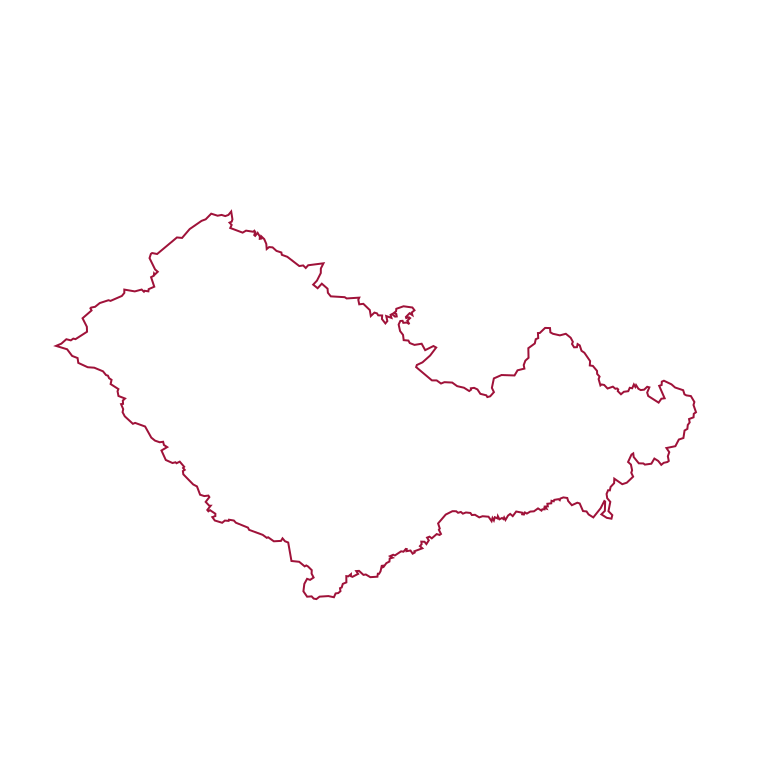 the district of Taungoo, Bago, Myanmar, rotated 321°
{"feature_id": "60261553B53825313002023", "entity_name": "Taungoo", "entity_type": "district", "adm_level": 2, "iso_a3": "MMR", "parent_name": "Myanmar", "parent_adm1": "Bago", "projection": "albers", "projection_center": [96.407, 18.81], "detail": "fine", "context": "isolated", "style": "outline", "palette": "rose", "viewbox_px": 768, "rotation_deg": 321, "n_neighbors": 0, "source": "geoboundaries", "source_scale": "gbopen_adm2", "svg_char_len": 6166}
<svg xmlns="http://www.w3.org/2000/svg" viewBox="0 0 768 768"><g transform="rotate(321 384 384)"><path d="M608.7,602.3L611.3,595.1L613.9,593.3L614.9,586.5L611.8,583.1L611.0,581.1L612.6,577.1L608.0,569.9L607.2,565.2L603.6,557.6L601.4,557.0L599.1,559.5L596.7,558.6L593.1,571.7L590.3,570.0L585.7,571.3L581.8,559.6L583.1,556.3L588.1,553.6L586.8,551.8L582.6,552.1L579.7,550.3L578.7,547.8L579.2,543.5L577.5,544.4L577.9,541.6L574.2,543.5L572.6,541.6L569.3,543.3L565.5,541.0L561.7,541.1L561.2,536.6L562.6,535.6L562.3,534.1L560.8,533.3L560.2,530.1L554.9,528.2L554.5,523.3L552.8,521.3L551.3,521.3L553.9,515.2L556.2,513.9L556.0,510.3L557.8,507.9L557.7,501.4L555.6,499.1L558.6,495.9L559.4,485.8L558.4,482.5L560.4,477.2L559.6,474.8L557.1,476.8L554.8,475.1L555.3,471.2L557.3,470.1L558.2,465.5L556.9,459.4L551.3,456.9L546.9,451.3L545.8,448.6L548.2,445.0L544.5,441.8L537.2,442.4L535.7,441.3L532.7,445.4L530.1,444.7L526.7,447.4L518.7,447.0L512.8,454.6L508.6,454.8L504.5,457.2L502.8,460.4L496.4,457.4L490.8,459.5L481.0,451.0L472.9,448.8L465.4,454.9L464.3,459.5L458.8,460.4L456.1,459.2L456.4,457.2L452.7,452.3L453.2,447.0L451.6,443.7L448.8,442.0L448.1,443.2L445.8,443.1L443.8,437.2L439.5,431.7L437.9,425.8L432.1,420.6L428.6,419.5L427.2,414.4L423.5,411.3L419.6,391.1L421.5,389.9L427.5,391.4L437.8,390.9L447.5,388.5L446.3,385.6L437.3,383.6L438.6,376.4L432.3,372.8L429.8,368.4L430.3,365.6L426.9,362.3L429.7,357.8L429.8,353.0L432.8,347.0L436.3,345.3L438.2,346.6L437.5,348.6L440.4,350.6L441.4,353.4L442.0,349.5L445.7,349.2L445.3,347.8L442.8,346.7L443.2,345.7L448.4,345.1L449.4,348.3L450.5,345.9L454.1,345.9L454.2,342.4L448.1,335.9L440.9,333.3L439.1,335.1L436.4,335.0L437.6,337.3L436.4,339.5L435.0,338.6L434.2,334.7L432.6,334.4L431.4,337.3L428.5,332.6L426.2,337.2L423.2,337.8L423.3,332.2L425.7,329.6L422.7,327.0L423.0,324.7L421.5,322.5L416.5,322.9L419.5,317.6L418.4,308.7L414.9,306.5L417.0,302.4L419.1,301.3L408.8,294.0L408.1,291.8L397.8,282.4L397.8,277.8L400.1,274.4L398.8,266.9L392.7,267.8L391.5,262.2L396.9,261.5L404.7,258.0L407.6,254.5L412.9,252.1L399.8,244.0L396.2,244.6L395.8,241.0L392.4,239.0L388.9,224.3L385.9,219.3L387.0,217.2L384.2,212.9L383.4,207.7L380.9,205.3L377.8,205.3L380.7,201.0L382.1,196.0L381.6,192.2L380.2,193.8L378.8,193.0L380.3,191.3L380.9,187.0L377.1,187.8L376.9,186.6L379.6,184.9L379.7,183.3L378.2,183.4L373.3,178.0L369.4,177.4L362.7,166.0L365.7,164.5L365.5,161.4L367.8,162.0L369.8,160.7L373.8,153.8L369.5,154.7L366.3,153.6L364.2,150.4L360.6,148.5L356.9,142.9L349.1,143.8L344.9,142.4L330.5,141.3L319.0,143.4L315.3,139.8L289.5,140.2L286.2,136.3L284.7,136.2L281.0,138.6L278.2,150.9L278.8,154.4L274.9,154.7L274.9,153.4L273.2,155.0L270.2,154.4L266.7,163.8L260.8,162.2L259.2,163.7L256.6,160.9L255.5,161.2L255.1,158.1L248.6,155.2L241.6,147.2L239.5,149.8L235.7,150.6L223.8,147.3L222.6,145.5L214.0,142.2L208.1,142.2L204.5,140.3L203.5,140.4L203.0,142.8L191.1,143.2L189.1,152.5L186.1,156.5L172.5,155.0L171.1,153.2L168.1,153.0L165.3,149.3L158.7,149.6L153.1,148.0L159.6,157.6L159.3,165.9L162.2,171.0L159.7,175.2L164.3,184.5L169.1,189.0L173.6,197.3L173.6,202.1L174.7,203.8L174.0,206.5L174.9,209.3L171.5,212.0L174.4,220.8L172.4,221.9L170.1,226.2L173.6,232.3L170.6,232.5L168.7,235.2L167.0,234.2L165.5,239.4L163.1,241.4L162.2,246.0L163.8,256.9L166.1,257.6L171.6,266.7L169.4,279.2L170.4,283.9L173.0,288.1L176.0,289.9L174.6,292.9L175.8,296.6L169.2,295.6L166.6,305.7L169.9,312.3L172.7,313.6L172.9,315.0L176.4,315.8L176.6,322.6L175.0,322.8L175.1,325.3L172.9,325.1L171.2,327.9L172.5,342.0L174.2,345.9L171.4,354.3L173.8,358.0L177.3,360.2L177.1,362.0L171.2,363.4L171.6,368.6L172.7,369.5L167.4,370.7L167.4,372.4L169.4,372.6L171.3,378.7L169.8,380.5L166.8,379.4L166.6,383.6L170.9,390.0L174.4,390.0L177.1,392.6L178.1,391.9L181.4,395.6L181.6,398.6L187.9,410.0L187.4,412.5L194.8,424.9L196.1,429.8L197.5,430.2L199.4,436.9L205.2,441.1L208.0,440.1L208.1,443.9L209.8,446.9L200.7,463.3L206.2,468.8L207.6,475.8L209.4,476.1L210.1,477.9L210.7,483.2L208.4,485.8L207.5,490.1L203.3,489.7L201.6,487.0L196.3,489.2L190.9,494.4L190.4,500.9L194.1,503.5L194.3,506.5L196.1,508.6L200.1,508.7L207.3,513.8L210.9,518.2L214.6,516.3L216.9,517.7L219.8,517.6L221.3,515.0L223.1,515.5L226.2,513.4L229.9,514.5L233.8,509.6L235.2,511.0L238.6,511.0L237.3,512.5L238.1,514.0L244.4,515.3L244.7,511.9L247.0,513.5L247.9,519.4L250.0,520.6L251.8,525.5L257.6,529.6L259.8,527.6L260.7,528.4L263.4,527.4L267.8,523.9L268.8,524.5L267.5,525.6L268.5,525.9L273.1,524.7L276.5,525.4L278.6,523.2L281.4,524.4L280.4,521.6L283.7,522.5L284.6,524.1L292.0,524.8L293.6,526.6L297.2,525.9L297.8,526.6L296.3,528.1L299.8,530.1L299.5,533.9L301.8,534.3L302.3,533.1L310.4,535.8L309.9,532.6L312.4,532.2L313.8,530.0L316.2,532.1L316.2,535.1L320.4,533.7L320.8,530.5L323.3,531.3L324.0,534.0L330.5,533.8L332.2,536.3L333.9,536.4L334.9,531.8L336.4,531.4L338.3,526.4L349.8,524.3L357.1,525.9L360.0,528.3L360.5,530.7L363.2,531.8L363.7,534.4L366.8,535.4L370.0,538.6L369.8,541.1L372.4,542.9L374.1,547.6L377.4,548.8L381.7,552.9L381.3,558.3L384.0,556.4L383.5,559.2L386.3,557.3L387.6,559.9L389.3,558.4L388.6,561.8L391.4,562.4L391.8,564.1L393.4,563.3L392.8,566.1L397.6,564.3L400.3,564.4L400.9,567.7L406.5,566.3L410.6,571.2L409.4,572.2L410.6,573.5L412.7,572.5L413.5,574.6L417.4,575.2L420.4,577.3L425.4,577.6L426.7,581.5L428.1,581.0L429.8,582.4L430.7,581.2L431.8,583.0L432.2,580.7L434.3,582.2L435.6,579.9L438.9,582.0L440.7,580.2L442.1,582.0L443.4,581.2L447.1,583.3L447.5,584.9L448.9,584.0L452.0,585.0L454.7,587.9L453.5,590.8L453.7,596.4L459.5,597.9L460.9,600.0L458.7,608.0L461.2,610.5L460.9,614.1L462.7,619.4L474.1,616.9L481.6,613.6L481.9,614.5L475.8,621.6L470.9,622.1L472.9,628.2L476.0,631.8L478.9,629.6L478.4,624.1L485.7,618.0L485.6,613.2L487.8,609.5L491.3,607.6L492.6,608.8L495.3,606.6L500.4,605.9L503.4,602.5L506.1,611.8L510.6,613.5L519.3,612.8L520.3,608.6L522.5,607.2L525.2,602.0L524.6,598.2L531.9,594.6L534.0,594.8L532.1,597.9L532.1,606.0L535.6,609.0L536.0,610.8L541.6,614.2L547.2,612.1L548.7,616.4L548.6,621.3L551.8,621.3L555.2,623.0L556.9,623.0L559.1,618.8L562.8,616.5L563.2,611.5L571.3,615.7L578.2,612.7L582.7,614.4L588.3,609.3L591.5,609.8L594.3,607.0L597.4,606.2L599.0,603.2L603.6,604.7L606.0,602.1L608.7,602.3Z" fill="none" stroke="#9f1239" stroke-width="2"/></g></svg>